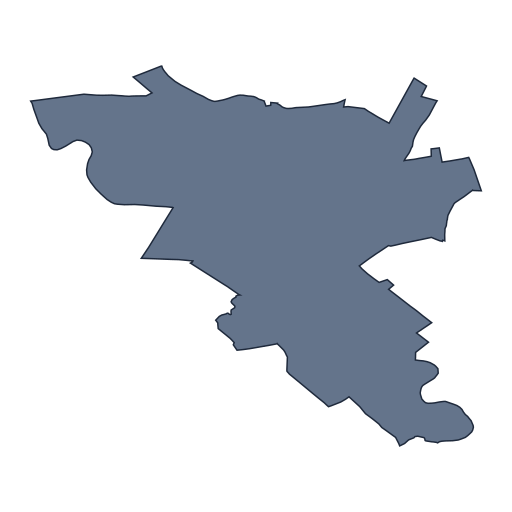 Sabile, Talsi, Latvia
{"feature_id": "27541924B84757460487549", "entity_name": "Sabile", "entity_type": "district", "adm_level": 2, "iso_a3": "LVA", "parent_name": "Latvia", "parent_adm1": "Talsi", "projection": "robinson", "projection_center": [22.575, 57.045], "detail": "fine", "context": "isolated", "style": "filled", "palette": "slate", "viewbox_px": 512, "rotation_deg": 0, "n_neighbors": 0, "source": "geoboundaries", "source_scale": "gbopen_adm2", "svg_char_len": 5547}
<svg xmlns="http://www.w3.org/2000/svg" viewBox="0 0 512 512"><path d="M239.5,294.8L239.9,295.0L237.8,295.2L236.2,295.9L236.0,296.1L235.9,296.4L235.9,296.7L236.0,297.1L233.7,298.4L232.1,299.6L231.1,301.8L231.9,303.2L234.6,305.8L234.9,306.3L234.7,307.7L231.2,310.0L231.0,311.2L231.2,314.2L230.5,314.6L229.4,314.3L228.0,313.2L227.2,313.2L226.1,313.9L223.1,314.7L221.8,315.0L219.3,316.4L215.7,320.2L217.7,322.8L217.8,323.3L217.8,324.1L218.2,328.6L230.2,338.4L234.2,342.6L233.3,344.8L237.0,350.2L242.8,349.6L249.5,348.7L270.8,345.0L273.9,344.4L277.1,343.8L277.2,343.6L277.8,344.3L278.9,345.3L281.5,347.9L283.7,350.1L285.1,352.3L286.1,354.5L286.5,355.4L287.4,357.0L286.9,369.4L286.9,371.1L287.1,371.4L287.3,371.7L288.4,372.9L289.4,374.1L290.5,375.0L291.6,375.9L301.9,384.4L312.1,392.9L318.2,397.9L324.3,402.8L326.4,404.8L328.5,406.7L331.1,405.8L340.8,402.0L342.7,400.9L345.6,399.2L349.0,396.8L352.6,400.1L356.2,403.4L359.7,406.6L365.5,413.7L368.8,416.1L371.9,418.4L375.7,421.4L378.9,424.0L381.8,427.5L385.8,430.3L395.6,437.4L398.7,443.4L399.7,445.9L404.6,443.5L408.6,439.9L413.9,437.8L414.9,436.6L417.7,436.2L423.9,437.6L424.1,437.8L424.3,437.9L424.4,438.0L424.5,438.3L424.6,438.5L424.8,439.0L425.0,439.7L425.1,440.5L425.9,440.9L431.0,441.7L431.6,441.8L433.2,441.9L436.5,442.4L437.6,442.9L439.5,441.7L441.9,441.2L445.5,440.9L452.7,440.7L458.2,440.0L461.2,439.0L465.3,437.4L467.6,435.7L469.8,433.7L471.7,431.9L472.7,430.0L473.4,427.2L473.1,425.4L472.2,423.3L471.1,420.7L469.4,418.7L467.6,416.4L465.3,414.5L463.4,412.0L462.0,409.5L459.8,407.3L456.9,405.5L453.5,404.2L448.5,402.5L446.9,401.9L445.3,401.4L444.2,401.4L442.3,401.6L439.2,402.0L434.6,402.9L431.4,403.2L428.0,403.3L425.5,402.7L423.5,401.0L423.0,400.3L421.9,399.2L420.5,394.7L420.2,392.9L420.6,390.6L421.1,388.4L421.9,386.6L422.9,385.4L425.0,384.0L430.0,380.9L433.3,378.9L434.7,377.8L435.5,376.7L436.6,375.4L438.2,373.2L437.9,368.7L435.8,366.3L434.3,365.0L432.5,364.0L430.2,362.7L426.8,361.6L423.3,360.9L419.1,360.5L415.4,360.0L415.4,359.1L415.5,357.8L415.6,352.4L428.5,342.2L416.5,333.0L417.6,332.2L431.7,322.7L426.7,318.8L422.9,315.9L417.0,311.1L414.5,309.2L410.2,306.1L399.3,297.6L391.9,291.9L388.6,289.3L393.6,285.1L387.3,279.6L379.1,282.4L374.2,278.9L367.5,273.8L364.8,271.4L362.1,269.0L359.3,265.9L368.5,259.1L375.4,254.3L388.5,245.6L390.8,246.1L395.5,245.1L402.2,243.5L409.8,241.9L420.6,239.7L431.4,237.4L435.7,239.2L440.1,240.9L440.8,241.0L441.6,241.1L442.3,241.4L442.8,240.2L444.8,240.9L444.7,235.6L444.7,234.3L444.9,231.7L445.0,228.7L446.3,225.7L446.6,223.0L446.8,221.8L446.8,221.0L447.4,219.3L447.4,219.1L447.4,218.5L447.6,217.4L447.8,216.0L448.2,214.8L448.9,213.5L449.9,211.4L452.0,207.5L453.3,205.1L453.9,203.9L454.6,203.1L455.2,202.6L456.6,201.6L458.9,200.1L459.4,199.7L460.0,199.3L460.5,199.0L464.1,196.6L472.7,190.1L473.0,190.5L481.3,190.8L474.1,169.8L469.5,159.0L468.7,157.4L461.6,159.0L460.7,159.1L455.5,160.0L449.7,161.0L442.1,162.1L440.8,155.6L439.3,147.9L436.3,148.3L433.9,148.6L431.1,148.9L431.3,156.2L431.1,156.3L429.4,156.6L428.3,156.8L426.1,157.2L423.7,157.6L421.4,158.0L418.9,158.4L416.5,158.9L414.2,159.3L412.5,159.5L410.7,159.7L409.1,159.9L405.2,160.4L404.2,160.6L404.6,159.7L405.4,158.3L408.3,154.1L409.0,153.1L410.3,150.6L411.2,148.2L412.4,146.3L413.0,142.0L413.6,139.5L414.9,136.5L416.9,132.6L418.3,130.2L419.1,128.8L420.6,126.3L422.8,123.4L425.6,120.2L429.3,115.0L433.5,107.1L435.8,102.8L437.1,100.8L436.1,100.5L421.2,96.5L426.1,86.9L426.5,86.0L414.1,78.1L413.6,78.9L389.1,123.2L378.3,117.3L368.3,111.3L364.4,108.6L348.0,106.6L343.6,107.0L344.2,103.8L344.9,100.5L345.0,100.1L345.1,99.7L343.5,100.3L340.5,101.7L337.2,102.9L334.1,103.6L329.8,104.0L325.1,104.6L314.2,106.2L308.4,107.0L296.0,107.6L293.5,108.0L291.9,108.3L288.1,108.5L286.3,108.4L283.6,107.6L281.8,106.7L280.5,105.5L279.2,104.7L276.9,103.4L277.2,103.1L274.0,102.8L270.8,102.5L270.8,103.9L270.7,105.3L268.3,105.7L266.0,106.1L265.1,103.7L264.2,101.3L264.3,101.1L262.8,100.5L261.3,99.9L260.0,99.5L258.7,99.1L257.6,98.4L256.5,97.7L255.8,97.4L255.2,97.1L254.3,96.8L253.4,96.5L252.2,96.4L251.0,96.2L249.5,96.1L248.0,96.0L245.5,95.6L243.0,95.2L241.5,95.2L240.1,95.1L237.7,95.4L235.6,96.0L233.5,96.6L231.3,97.3L229.2,98.1L227.3,98.7L225.4,99.3L223.9,99.7L222.3,100.1L220.1,100.5L217.8,101.0L215.8,101.3L214.8,101.4L213.8,101.3L211.7,100.7L208.4,99.4L203.2,96.4L199.0,94.5L197.9,94.0L196.8,93.5L191.3,90.5L185.8,87.6L183.5,86.4L181.2,85.2L178.1,83.3L175.0,81.4L171.5,78.5L168.1,75.7L166.4,73.6L164.7,71.6L163.3,69.6L162.4,68.0L162.1,67.0L161.8,66.1L161.4,66.1L160.9,66.2L147.1,71.6L133.2,77.0L140.2,82.9L147.1,88.8L149.5,90.8L152.0,92.9L146.1,95.9L141.1,95.9L134.1,96.0L131.5,96.1L129.0,96.3L127.1,96.2L125.1,96.1L122.0,95.8L118.7,95.6L111.6,95.1L102.9,95.3L96.6,95.2L83.9,94.2L60.8,97.2L34.8,100.6L30.7,101.1L32.1,103.3L33.8,109.2L37.4,119.2L38.8,123.2L41.9,128.6L46.4,134.1L47.8,138.5L49.2,145.2L51.5,148.5L53.8,149.6L57.2,149.8L60.8,148.6L65.7,146.1L72.9,141.6L76.9,140.1L81.6,140.6L85.3,142.1L89.1,144.6L91.3,147.8L92.3,151.9L91.2,155.7L89.0,159.5L87.6,163.6L86.6,170.0L87.0,174.8L88.0,177.5L90.8,182.3L95.8,188.8L101.1,194.1L107.1,199.5L111.2,202.2L114.4,203.7L117.4,204.2L124.3,204.7L134.8,204.5L143.0,205.0L156.1,206.2L166.2,206.7L172.5,207.4L173.1,207.6L172.1,209.3L171.9,209.6L161.9,225.8L161.3,226.8L148.3,247.9L148.2,248.0L141.3,258.3L155.7,258.8L171.3,259.4L178.7,259.6L186.3,260.3L190.7,260.8L192.9,260.9L192.4,262.0L190.4,263.1L205.8,272.9L212.9,277.4L225.5,285.4L226.7,286.1L233.9,291.1L236.4,292.8L238.8,294.5L239.2,294.6L239.5,294.8Z" fill="#64748b" stroke="#1e293b" stroke-width="1.5"/></svg>